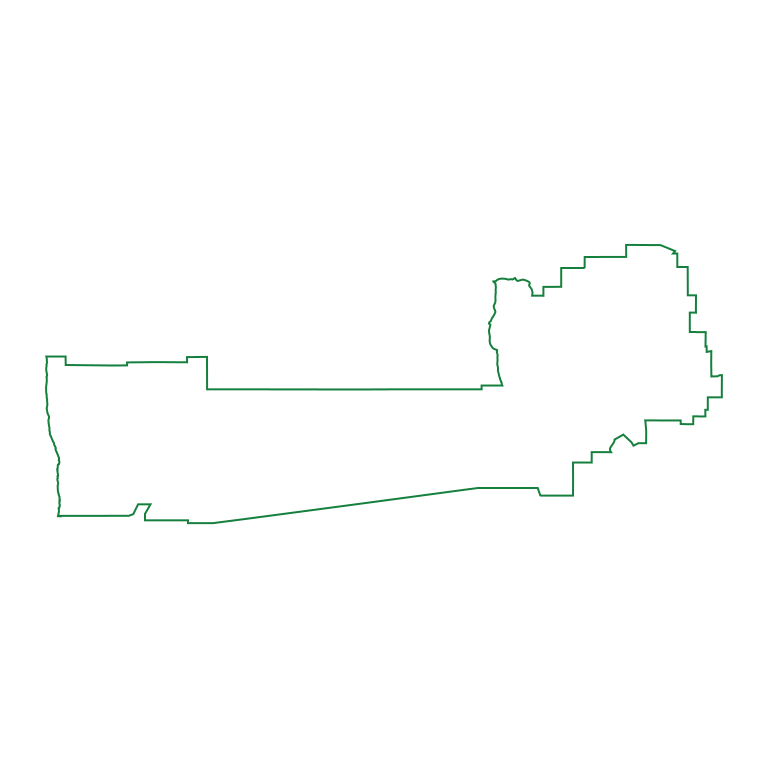 the district of Carnamah, Western Australia, Australia
{"feature_id": "25037944B79646276692029", "entity_name": "Carnamah", "entity_type": "district", "adm_level": 2, "iso_a3": "AUS", "parent_name": "Australia", "parent_adm1": "Western Australia", "projection": "mercator", "projection_center": [115.345, -29.731], "detail": "fine", "context": "isolated", "style": "outline", "palette": "green", "viewbox_px": 768, "rotation_deg": 0, "n_neighbors": 0, "source": "geoboundaries", "source_scale": "gbopen_adm2", "svg_char_len": 5769}
<svg xmlns="http://www.w3.org/2000/svg" viewBox="0 0 768 768"><path d="M640.7,245.0L629.1,244.9L626.1,245.0L626.2,256.9L584.7,257.0L584.6,267.4L583.9,268.0L561.2,268.0L561.2,286.8L543.4,286.9L543.4,295.8L542.1,295.7L532.1,295.7L532.5,293.0L532.5,292.3L531.7,289.4L531.2,288.5L529.6,286.4L529.3,286.0L529.2,285.6L529.1,285.3L529.2,284.8L529.5,284.2L529.7,283.8L529.8,283.4L529.7,283.1L529.5,282.4L529.3,282.2L528.3,281.6L527.1,280.9L524.0,279.8L523.6,279.7L522.5,279.7L519.0,280.6L518.2,280.9L517.7,280.9L517.4,280.9L516.4,280.1L515.6,278.9L515.1,278.0L514.2,278.4L513.5,279.0L512.2,279.5L511.6,279.2L510.7,279.2L508.6,279.6L504.5,278.7L501.7,278.6L500.1,278.8L498.9,279.1L497.0,280.0L495.9,281.1L494.4,281.4L493.6,281.4L493.5,281.5L493.4,281.5L493.5,281.8L495.2,283.2L495.5,283.5L495.5,284.8L495.7,285.4L495.7,286.0L495.8,286.8L495.9,287.6L495.7,288.8L495.7,289.4L495.6,290.9L495.8,291.9L495.8,292.5L495.5,294.5L495.4,296.8L495.4,298.0L495.5,299.3L495.4,301.7L495.3,302.3L495.2,302.7L494.1,305.0L493.9,305.4L493.7,306.6L493.9,307.6L495.3,311.3L495.4,311.9L495.2,312.6L494.4,314.3L494.0,315.1L493.5,315.8L492.8,317.0L492.0,318.1L491.6,319.0L491.0,320.6L490.4,321.5L489.4,322.3L489.2,322.5L489.1,322.9L489.1,323.3L489.1,323.7L489.3,324.0L490.0,324.3L490.3,324.6L490.4,324.8L490.4,325.0L489.5,328.3L489.0,330.5L488.9,331.1L488.9,331.5L489.3,332.7L489.3,333.2L489.2,333.6L489.7,335.1L489.7,336.1L490.0,337.5L489.7,338.5L489.7,339.3L489.7,339.9L489.6,340.9L489.7,341.5L490.0,343.1L490.3,344.1L490.8,345.2L491.8,346.6L492.3,347.4L492.7,348.0L493.1,348.3L493.9,348.8L495.0,349.3L496.6,349.8L496.9,349.9L497.1,350.1L497.1,350.4L497.1,350.7L496.9,351.3L496.8,352.0L497.0,352.8L497.5,354.5L497.7,355.5L497.6,355.8L497.5,356.2L497.4,357.0L497.5,359.3L497.5,361.3L497.5,361.6L497.3,362.5L497.3,363.9L497.3,364.6L497.6,366.1L497.9,367.0L498.0,367.5L498.0,368.8L497.9,370.4L498.0,370.8L498.1,371.7L498.6,373.2L498.9,374.9L499.2,375.8L499.4,376.9L499.6,377.4L500.0,378.3L500.1,379.4L500.3,379.8L500.8,380.5L500.9,380.9L501.1,381.4L501.0,381.7L501.2,381.8L501.5,382.3L501.9,384.5L502.3,385.5L481.6,385.5L481.6,389.3L405.3,389.3L353.9,389.5L299.6,389.4L207.1,389.3L207.0,356.9L187.0,357.1L187.1,362.3L156.6,362.1L127.1,362.4L127.1,365.4L112.0,365.5L65.7,365.0L65.6,356.5L46.4,356.5L46.5,356.7L46.6,357.7L46.9,359.5L46.8,360.3L47.0,362.2L46.9,362.9L46.8,363.7L46.4,364.7L46.5,365.2L46.6,365.7L46.6,366.1L46.4,366.9L46.3,367.3L46.2,369.1L46.4,371.3L46.9,373.9L47.1,374.8L47.1,375.4L47.0,375.8L46.9,376.0L46.5,376.4L46.6,376.9L46.8,377.6L46.7,378.1L46.8,381.3L46.8,381.5L46.6,382.2L46.6,383.0L46.1,387.1L46.1,389.0L46.1,389.9L46.2,392.5L46.3,393.2L46.6,394.0L46.6,395.1L46.8,398.5L47.1,399.0L47.1,399.4L47.1,400.8L47.2,401.6L47.2,402.6L47.4,404.2L47.3,405.2L47.1,406.1L46.8,407.7L46.7,408.2L46.8,408.6L46.8,408.9L46.8,409.4L47.1,410.6L47.3,412.1L47.6,413.3L47.9,414.2L48.5,415.3L48.9,416.4L49.0,417.1L49.0,417.8L48.9,418.4L48.8,418.8L48.5,419.5L48.4,420.9L48.5,421.3L48.5,421.6L48.5,422.1L48.6,422.5L48.7,422.8L48.6,423.3L49.2,426.5L49.3,427.5L49.5,428.1L49.5,428.5L49.4,429.1L49.4,430.2L49.5,431.0L49.9,431.9L49.9,432.0L49.8,433.6L49.9,434.1L50.4,435.6L51.0,436.3L51.4,437.7L51.8,438.5L51.9,438.9L52.7,440.6L53.1,441.8L54.0,443.0L54.1,444.2L54.2,444.8L55.1,446.4L55.3,447.1L55.8,447.9L55.8,448.3L55.7,448.5L55.4,449.0L55.6,449.5L55.7,449.8L56.1,451.2L56.6,451.8L56.8,452.3L57.2,453.6L57.6,454.3L57.7,454.7L58.0,455.2L58.3,456.4L58.9,457.4L59.0,458.2L59.0,459.3L59.1,459.9L58.8,460.2L58.8,460.5L59.3,461.4L59.4,461.9L59.4,462.4L59.3,463.0L59.2,463.4L59.0,463.5L58.9,464.3L58.7,464.5L58.4,464.7L58.2,464.6L57.9,464.7L57.8,465.2L57.8,466.7L57.7,467.4L57.7,467.8L57.5,468.3L57.6,468.9L57.4,469.0L57.3,468.9L57.2,469.0L57.4,469.6L57.3,469.8L57.5,470.4L57.4,470.7L57.3,470.9L57.5,471.4L57.6,472.7L57.8,473.5L58.1,474.9L58.0,475.3L57.9,475.6L58.0,475.8L57.5,476.1L57.5,476.4L57.6,476.6L57.5,477.0L57.7,477.4L57.8,478.1L57.8,478.3L57.6,478.4L57.4,478.8L57.3,479.8L57.6,480.6L57.7,481.2L57.9,482.0L58.0,482.2L58.1,482.7L58.2,483.6L58.1,484.1L57.6,485.9L57.6,486.1L57.8,486.7L57.7,488.1L57.8,489.1L57.9,490.9L58.0,491.8L58.3,492.8L58.8,494.1L58.8,494.3L58.6,494.5L59.1,495.8L59.6,497.1L59.6,497.3L59.5,497.7L59.4,498.6L59.9,499.8L59.9,500.2L59.8,500.6L59.6,500.6L59.4,500.7L59.4,501.3L59.6,501.9L59.3,502.5L59.4,503.3L59.5,503.6L59.5,504.0L59.8,504.6L59.7,505.6L59.8,506.0L59.7,506.2L59.4,506.4L59.4,507.5L59.2,508.0L58.6,508.2L58.5,508.3L58.6,508.6L58.9,509.2L58.9,509.6L58.9,510.5L59.0,511.4L59.0,511.6L58.7,512.3L58.7,512.9L58.5,513.7L58.5,514.8L58.3,515.1L58.3,515.4L57.9,515.9L57.9,516.2L60.5,516.3L60.4,515.9L128.8,515.8L133.3,514.1L138.1,504.3L150.5,504.3L145.0,513.9L145.0,520.3L188.0,520.3L188.0,523.1L213.2,523.1L246.6,518.8L350.8,505.0L477.7,488.0L537.7,488.0L540.3,495.4L540.8,495.6L573.0,495.6L573.1,480.6L573.0,462.5L591.7,462.5L591.7,452.1L603.8,452.1L611.1,452.2L610.5,451.2L610.2,450.5L610.1,449.7L610.0,449.0L610.0,448.7L610.2,448.0L610.5,447.4L613.7,442.6L614.2,441.6L614.4,440.9L614.6,440.3L614.6,439.5L615.4,439.1L623.3,434.6L631.3,442.1L632.5,443.9L633.5,445.7L638.3,443.2L646.1,443.2L646.1,441.7L646.2,434.1L646.2,430.7L645.4,421.5L645.3,421.1L645.2,420.4L680.7,420.5L680.7,424.0L687.4,424.2L693.2,424.2L693.3,416.3L698.3,416.3L698.9,416.5L705.4,416.4L705.3,409.8L707.8,409.8L707.8,397.3L721.8,397.3L721.8,396.5L721.9,395.6L721.8,394.7L721.8,393.7L721.9,375.1L719.4,375.3L717.5,376.3L715.2,376.3L714.1,376.5L712.7,376.3L711.4,376.5L711.2,363.2L711.3,351.1L706.7,351.9L706.6,346.3L705.5,346.5L705.7,332.1L696.4,332.1L696.1,332.0L689.8,332.0L689.8,312.6L694.3,312.6L696.0,312.7L695.9,311.0L696.0,295.3L693.4,295.3L687.8,295.3L687.7,267.0L677.3,267.0L677.3,253.5L673.1,253.5L675.1,251.1L661.0,245.3L660.2,245.1L640.7,245.0Z" fill="none" stroke="#15803d" stroke-width="2"/></svg>